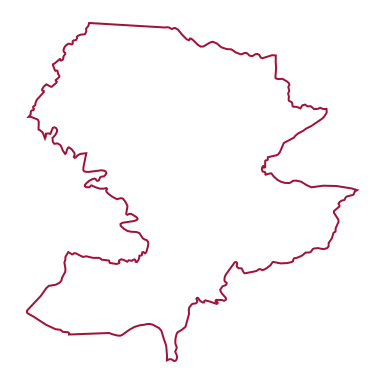 Concepcion, Ocotepeque, Honduras
{"feature_id": "27666195B60118725213626", "entity_name": "Concepcion", "entity_type": "district", "adm_level": 2, "iso_a3": "HND", "parent_name": "Honduras", "parent_adm1": "Ocotepeque", "projection": "orthographic", "projection_center": [-89.206, 14.517], "detail": "fine", "context": "isolated", "style": "outline", "palette": "rose", "viewbox_px": 384, "rotation_deg": 0, "n_neighbors": 0, "source": "geoboundaries", "source_scale": "gbopen_adm2", "svg_char_len": 5850}
<svg xmlns="http://www.w3.org/2000/svg" viewBox="0 0 384 384"><path d="M166.9,360.4L169.2,359.3L170.5,359.2L171.9,359.5L173.6,360.8L174.6,361.0L175.8,360.5L176.6,359.3L177.0,357.6L176.9,355.6L175.2,351.7L176.7,348.1L176.5,346.5L175.5,344.1L175.3,342.1L175.5,338.5L176.4,334.6L177.0,333.1L177.9,332.1L181.7,329.9L185.5,326.8L189.0,313.9L188.8,309.7L189.2,307.6L191.8,304.3L193.0,303.7L195.3,303.5L196.8,302.6L197.3,301.2L196.4,299.1L196.7,298.2L197.3,297.8L198.1,298.0L200.0,300.8L202.6,302.5L204.0,302.4L204.5,300.8L205.4,300.4L210.0,301.6L216.6,303.9L217.4,303.6L217.7,302.8L217.3,302.1L215.7,301.4L215.6,300.5L216.2,299.9L221.7,300.0L224.1,300.8L225.7,299.9L226.0,299.0L225.8,297.9L221.5,293.0L220.4,290.8L220.3,289.6L222.5,286.4L225.6,285.1L226.6,284.1L226.6,282.7L225.1,281.7L224.5,280.8L224.5,278.4L225.0,276.2L226.1,274.2L234.7,262.4L235.9,262.0L237.0,262.7L237.2,263.6L236.7,265.8L237.4,267.4L238.8,268.2L241.6,268.4L243.5,272.1L244.4,273.2L245.1,273.3L256.1,271.1L259.3,269.1L260.4,269.2L262.1,270.1L263.9,269.7L266.5,268.3L270.5,265.2L272.4,262.4L273.1,261.9L280.8,263.4L286.9,263.1L291.3,262.2L293.0,261.2L293.4,259.2L294.0,258.4L297.2,257.7L300.6,256.3L302.4,255.3L305.6,252.6L308.8,252.5L310.2,252.2L311.4,251.2L312.6,249.2L314.0,248.5L317.9,248.1L323.5,249.2L327.0,248.2L328.6,246.4L328.7,242.9L331.8,238.4L333.6,232.7L335.5,231.6L335.7,228.1L338.6,221.7L338.3,219.5L334.0,212.9L334.0,211.0L339.4,206.5L339.5,205.5L338.5,203.6L339.6,202.0L341.5,200.7L344.5,199.9L345.6,197.5L346.6,196.6L353.1,194.8L353.8,194.0L354.8,191.4L357.1,190.1L351.4,188.4L336.3,186.0L323.2,185.7L311.4,187.3L306.8,185.2L301.2,181.7L296.3,180.6L293.0,180.8L290.8,182.5L289.2,183.0L284.8,182.9L280.9,181.7L277.4,179.8L273.6,176.3L271.4,173.4L269.2,173.6L265.7,174.7L265.3,174.2L265.5,173.1L265.1,172.3L264.4,171.8L263.0,171.7L262.5,171.3L261.9,169.3L262.2,167.3L263.3,166.0L263.8,166.3L264.1,167.6L265.1,167.3L265.2,160.9L265.6,160.4L266.9,160.3L267.7,159.7L267.9,157.2L276.3,155.3L278.0,154.5L279.8,152.3L283.8,143.0L294.0,137.6L295.3,135.8L297.9,133.6L303.5,130.6L306.1,128.6L311.5,125.9L322.4,118.5L324.1,116.7L326.4,113.2L326.7,112.2L326.5,108.9L323.5,109.1L320.2,107.8L317.9,108.8L314.2,109.2L310.7,106.2L307.5,106.4L305.1,104.6L302.3,105.4L300.4,108.4L296.8,106.9L293.6,106.7L292.6,106.3L292.2,102.9L291.2,101.8L289.3,101.1L288.6,99.9L288.9,96.6L288.1,93.5L289.3,90.9L288.4,87.5L288.5,86.4L289.4,84.8L289.0,83.3L287.2,81.6L282.5,78.8L278.3,79.1L276.0,78.5L275.4,77.7L276.1,68.6L275.7,61.8L275.8,55.5L272.1,55.2L262.2,58.3L260.8,57.5L259.2,54.8L257.5,54.0L255.4,54.2L253.0,55.8L251.6,56.1L249.5,55.6L247.4,53.5L246.0,52.9L244.1,53.1L241.8,54.2L240.5,54.2L235.5,52.3L231.5,49.4L226.9,49.1L222.1,47.6L220.4,46.6L217.1,43.6L213.0,41.8L211.8,41.9L209.6,42.8L203.3,46.5L200.7,46.6L197.9,44.8L193.0,40.0L190.9,38.5L189.9,38.6L189.5,39.8L188.8,40.2L186.7,39.3L182.0,34.6L178.0,29.6L175.0,28.0L174.1,28.0L171.9,29.1L169.2,27.6L167.6,27.2L165.1,27.5L89.1,23.0L88.3,26.0L86.1,28.6L86.3,31.4L85.2,33.9L84.1,34.4L80.9,34.6L77.7,35.9L76.9,36.8L76.9,38.6L76.3,39.7L75.4,40.2L73.6,40.4L72.8,41.1L72.5,41.9L72.8,43.3L72.4,44.1L71.2,44.4L69.5,43.7L68.3,43.8L66.4,45.0L64.9,46.6L63.8,48.7L63.5,50.8L63.8,51.8L65.1,52.9L65.3,53.9L63.5,56.4L63.2,58.8L62.7,59.8L61.0,60.6L60.5,60.2L60.3,59.2L59.7,59.1L55.1,63.1L53.0,64.3L52.9,65.0L54.9,70.3L55.4,70.8L56.8,70.5L57.5,70.9L58.1,73.9L59.4,75.9L59.4,76.7L57.8,78.5L55.7,80.0L55.7,80.7L56.8,81.7L56.4,82.8L51.6,86.8L50.7,86.7L46.3,84.3L43.5,86.9L42.0,89.8L42.4,90.6L43.8,91.1L43.8,92.1L36.8,99.8L35.5,103.0L35.2,105.4L33.6,106.3L33.1,107.1L33.1,107.8L33.9,108.8L33.8,109.7L33.2,110.2L31.9,110.4L31.2,110.9L30.7,112.1L30.7,114.4L28.6,116.9L30.9,116.8L37.1,119.3L38.2,120.1L38.8,122.1L38.5,129.5L40.4,130.5L42.7,132.5L45.0,138.5L45.9,136.2L45.9,133.7L48.3,133.4L50.4,133.9L52.8,127.8L54.5,127.3L56.2,128.2L57.0,129.7L57.0,131.8L55.2,135.1L52.5,138.0L52.8,141.7L54.3,143.8L57.6,143.4L60.3,145.1L61.2,146.5L62.8,150.5L65.1,153.9L65.9,153.4L67.1,149.4L68.1,147.7L68.8,147.3L71.7,149.3L74.3,152.8L74.7,154.7L73.8,156.9L74.5,157.8L75.7,157.6L77.3,155.6L80.4,153.9L86.3,153.2L83.4,167.4L83.3,169.9L84.1,171.3L86.3,171.9L89.0,171.9L101.3,170.3L104.3,170.7L105.7,171.6L106.4,173.1L105.5,174.9L103.8,176.4L101.2,176.7L100.2,177.3L98.7,180.6L97.0,180.8L95.6,179.1L94.7,178.6L92.4,179.1L89.1,180.9L86.3,183.3L85.0,184.9L85.0,186.4L86.4,187.2L88.8,187.3L89.8,186.9L90.9,185.6L91.6,185.4L95.6,187.3L100.0,188.7L103.4,188.7L106.5,188.1L107.1,189.0L106.2,190.5L106.4,191.7L108.7,194.1L112.4,196.8L117.0,199.2L120.6,198.2L122.3,198.4L123.4,199.1L125.5,202.0L127.5,206.0L126.2,213.6L126.4,214.3L127.4,214.8L129.4,213.8L131.2,213.9L136.0,216.8L137.1,217.8L137.6,218.9L136.8,219.9L134.2,221.0L122.3,222.8L120.5,224.0L120.6,225.7L123.9,228.8L127.4,230.9L130.7,231.7L136.2,232.0L139.3,233.0L142.7,238.2L144.2,239.3L146.6,240.1L147.8,241.4L148.4,243.4L147.8,246.9L146.2,252.3L144.9,253.4L143.4,252.1L142.2,252.4L141.9,254.9L141.1,255.6L139.4,255.7L139.2,257.8L138.5,260.0L136.8,262.1L135.6,261.8L135.4,260.1L134.6,259.4L133.6,259.6L131.8,260.8L128.7,260.3L127.3,261.7L123.6,259.9L121.3,259.3L119.1,260.5L118.9,261.3L119.4,262.4L119.1,263.1L116.7,264.0L110.1,263.0L109.5,262.5L109.3,261.1L108.8,260.5L101.8,259.7L100.6,258.6L98.9,257.9L93.1,257.9L86.4,256.3L82.8,256.9L76.1,253.5L74.3,253.1L72.9,254.2L72.1,254.4L68.3,252.1L65.5,256.7L65.3,259.9L64.4,262.5L65.4,268.6L65.3,271.7L62.0,277.9L61.3,280.8L59.6,282.7L55.9,284.7L48.7,285.9L46.1,288.4L41.0,295.7L27.1,310.5L26.9,312.1L27.4,313.0L28.4,313.8L32.7,316.1L45.9,324.7L55.5,329.2L60.4,329.8L62.8,331.8L68.2,332.3L69.2,333.3L69.0,334.5L109.2,333.0L112.1,334.2L117.8,335.6L120.2,335.7L122.2,334.9L129.3,329.8L134.5,326.9L139.7,325.3L144.1,324.8L147.2,324.0L149.9,324.0L152.8,324.7L159.1,328.1L161.5,331.0L163.5,337.9L166.2,345.7L167.0,355.8L166.9,360.4Z" fill="none" stroke="#9f1239" stroke-width="2"/></svg>